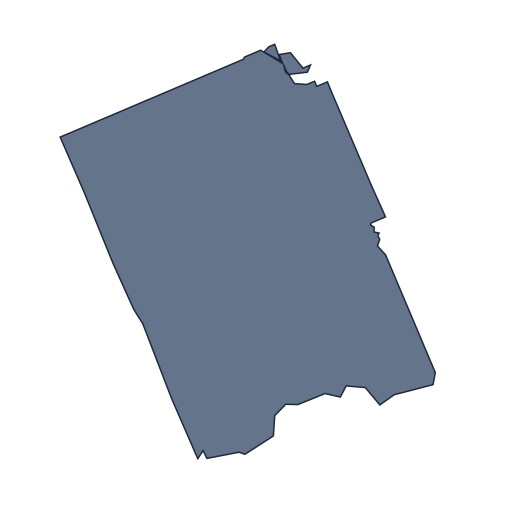 Boulder, Colorado, United States of America, rotated 247°
{"feature_id": "52423323B35890552062284", "entity_name": "Boulder", "entity_type": "district", "adm_level": 2, "iso_a3": "USA", "parent_name": "United States of America", "parent_adm1": "Colorado", "projection": "equal_earth", "projection_center": [-105.3, 40.088], "detail": "fine", "context": "isolated", "style": "filled", "palette": "slate", "viewbox_px": 512, "rotation_deg": 247, "n_neighbors": 0, "source": "geoboundaries", "source_scale": "gbopen_adm2", "svg_char_len": 1024}
<svg xmlns="http://www.w3.org/2000/svg" viewBox="0 0 512 512"><g transform="rotate(247 256 256)"><path d="M78.6,375.5L206.5,375.7L217.7,371.7L223.0,376.4L227.3,376.1L229.0,378.3L232.0,374.0L236.4,376.1L239.8,373.5L241.4,375.1L241.4,390.5L275.6,389.8L377.2,389.6L388.4,389.8L388.4,378.2L394.0,378.2L394.0,369.9L399.6,358.8L410.4,357.0L405.1,375.1L410.5,380.8L410.6,372.6L429.7,367.1L432.4,356.1L422.7,355.8L443.6,340.7L443.6,333.9L443.6,323.3L442.0,321.1L442.0,256.1L442.0,217.1L442.0,166.9L442.0,126.6L442.0,122.2L381.2,122.7L305.0,121.5L254.8,122.6L237.9,125.3L157.3,122.6L92.2,123.2L97.6,131.3L88.9,131.7L82.0,163.7L77.8,168.4L83.6,201.7L101.8,210.9L107.9,225.5L102.9,236.4L102.4,265.8L93.2,278.5L101.2,288.2L92.2,305.2L70.5,311.8L74.3,329.0L68.4,368.7L78.6,375.5ZM410.6,357.2L411.7,355.9L412.0,355.7L414.1,355.2L415.8,355.1L416.0,355.1L416.0,355.7L421.2,355.9L413.8,356.2L410.6,357.2ZM440.7,343.0L426.2,354.8L442.2,355.9L443.6,355.9L443.6,349.7L440.7,343.0Z" fill="#64748b" stroke="#1e293b" stroke-width="1.5"/></g></svg>